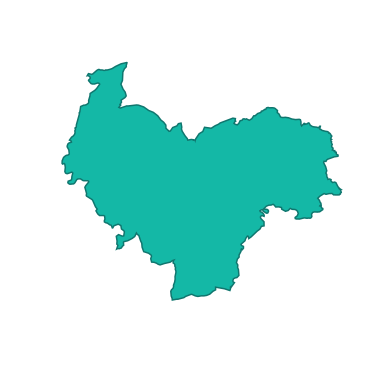 Godeanu, Mehedinti, Romania, rotated 291°
{"feature_id": "2599482B82474731050833", "entity_name": "Godeanu", "entity_type": "district", "adm_level": 2, "iso_a3": "ROU", "parent_name": "Romania", "parent_adm1": "Mehedinti", "projection": "albers", "projection_center": [22.605, 44.8], "detail": "fine", "context": "isolated", "style": "filled", "palette": "teal", "viewbox_px": 384, "rotation_deg": 291, "n_neighbors": 0, "source": "geoboundaries", "source_scale": "gbopen_adm2", "svg_char_len": 6032}
<svg xmlns="http://www.w3.org/2000/svg" viewBox="0 0 384 384"><g transform="rotate(291 192 192)"><path d="M265.4,52.9L263.0,52.5L263.4,53.2L263.4,53.8L262.7,55.8L261.5,56.3L259.5,55.4L258.9,55.5L257.1,58.8L257.1,60.2L257.8,62.1L260.1,65.1L260.1,66.6L259.6,67.2L254.4,65.9L252.0,64.8L247.5,61.6L245.1,62.3L240.3,62.7L238.9,63.4L237.6,63.4L235.7,62.1L234.7,60.9L234.3,59.8L231.9,57.4L226.5,58.6L225.3,58.3L224.7,58.9L213.2,60.0L211.1,60.7L210.0,59.9L209.4,60.1L209.1,60.7L207.2,60.7L205.4,61.6L203.7,61.7L201.8,61.1L200.0,59.9L196.5,59.0L196.3,61.0L195.3,61.6L193.7,59.6L192.3,58.9L190.1,59.0L189.3,59.4L187.2,61.9L184.0,63.6L183.0,63.7L181.8,62.7L181.2,61.5L179.3,60.2L178.1,59.7L174.6,59.6L172.1,60.5L171.7,61.2L172.8,62.4L172.4,63.3L169.6,64.9L165.5,66.0L164.4,67.1L164.2,68.1L164.5,69.2L167.5,72.7L167.0,73.9L163.6,74.3L160.7,75.1L159.6,74.7L157.7,72.5L156.1,72.8L155.6,74.0L155.5,75.2L157.2,78.6L158.5,79.3L162.4,80.0L163.3,80.8L164.3,83.1L163.6,86.4L165.1,90.5L165.1,91.1L164.9,91.7L164.1,91.9L159.7,90.5L158.0,90.3L152.7,94.2L151.1,94.4L150.4,95.0L149.1,101.5L148.6,102.3L143.6,107.2L142.1,109.6L140.0,109.1L137.8,111.8L136.9,114.1L138.4,118.0L138.2,119.0L135.6,120.4L133.9,120.4L132.7,120.9L132.4,122.4L132.6,124.3L131.9,126.9L132.0,128.5L129.9,130.5L130.1,130.9L132.5,131.2L135.4,134.5L135.5,135.1L135.2,137.6L132.2,139.4L131.5,141.9L130.8,143.1L126.6,144.0L125.8,142.7L125.9,138.7L123.5,137.2L119.4,139.6L116.4,140.5L115.7,141.9L111.7,142.1L112.6,142.9L113.0,144.4L114.4,146.1L116.5,146.5L117.8,147.3L120.5,146.0L121.2,146.2L123.5,149.5L127.1,152.7L129.9,154.5L133.8,154.8L132.8,156.1L132.4,157.9L127.9,161.6L126.1,163.5L122.6,165.2L119.0,168.3L119.3,173.5L118.4,176.5L117.6,177.2L114.9,177.4L112.1,179.4L112.8,181.9L112.8,184.5L112.4,186.3L112.5,188.3L115.4,191.9L118.6,196.7L121.0,198.4L121.9,199.5L121.0,199.3L119.0,199.8L118.7,201.2L118.0,202.0L116.6,202.6L115.4,203.8L114.0,204.0L112.4,205.3L111.2,205.8L106.9,206.5L104.6,207.5L101.5,208.1L98.4,208.1L97.0,208.7L95.3,208.8L93.3,207.9L91.7,207.8L87.4,209.9L85.7,211.5L84.1,212.3L86.6,216.4L86.8,217.2L90.5,222.3L92.3,223.5L96.2,227.9L96.4,228.7L96.2,232.2L96.6,234.9L98.4,237.9L99.3,240.3L100.7,242.7L103.0,245.2L106.9,247.2L109.1,249.1L111.6,248.1L113.3,257.0L113.6,262.7L115.7,262.6L117.0,261.9L117.9,262.4L117.6,262.8L122.6,264.1L122.8,262.6L123.7,262.0L125.8,261.8L127.3,263.1L128.2,264.6L130.9,265.7L136.3,263.1L137.7,261.7L140.3,260.9L141.9,258.8L145.7,258.4L148.1,259.3L150.1,258.5L154.1,259.0L156.2,258.4L156.5,258.6L155.9,259.3L156.0,259.6L158.0,260.2L159.7,259.5L159.7,257.9L160.4,256.6L160.8,256.5L165.4,258.9L167.9,258.8L170.7,259.5L170.9,260.0L170.2,261.0L168.9,261.7L171.3,263.3L178.9,266.9L181.7,268.7L184.8,269.1L186.2,271.4L190.0,269.9L192.0,265.6L193.2,264.8L194.7,265.2L195.1,266.0L195.1,268.0L195.8,267.9L197.1,266.8L198.1,264.6L198.1,262.8L198.8,262.1L200.3,263.3L200.9,264.6L199.9,265.0L199.5,266.0L198.9,269.0L199.5,270.2L201.1,270.4L202.0,270.0L202.5,269.3L202.7,268.3L201.9,265.7L202.0,265.0L205.4,266.5L207.2,268.4L208.2,270.6L209.6,272.1L209.2,273.5L208.0,275.5L209.2,278.3L209.6,281.1L208.1,281.9L207.5,286.2L209.2,288.4L211.9,289.6L211.7,291.6L212.6,294.5L212.4,296.2L211.7,297.5L210.0,298.9L207.5,298.8L205.2,297.4L204.2,297.9L204.2,299.0L205.3,302.1L208.1,306.1L208.7,308.8L209.4,310.0L209.9,311.7L210.5,312.3L211.9,312.7L214.3,311.5L216.2,312.0L217.3,313.4L218.2,316.2L219.3,318.3L222.4,320.4L223.5,320.0L223.6,318.7L224.8,317.7L224.8,316.3L225.3,316.4L225.8,317.4L227.8,316.3L228.2,315.4L229.9,313.9L231.2,311.6L234.1,313.0L237.9,315.9L237.8,317.2L238.0,318.1L239.6,320.5L240.8,323.3L240.1,325.2L241.1,328.1L242.1,330.5L243.3,331.2L243.7,330.9L245.1,331.5L247.1,330.0L247.5,329.0L247.8,329.8L248.1,328.6L249.2,326.4L252.3,323.0L252.4,321.7L251.2,319.8L252.3,317.5L253.4,317.4L253.5,315.9L252.5,314.4L254.1,313.2L254.4,312.5L256.6,311.5L257.6,310.2L260.1,310.2L263.4,307.8L266.5,304.4L267.9,304.2L268.6,306.1L270.1,306.2L271.3,307.0L275.8,312.2L277.6,315.4L278.0,315.5L278.9,315.0L278.9,314.0L279.3,313.0L280.6,312.5L280.9,312.1L280.6,311.3L281.7,310.5L281.2,309.9L281.7,309.3L281.5,308.0L283.1,308.1L283.6,307.8L284.1,306.5L285.0,305.8L286.6,305.9L288.0,304.4L289.0,304.3L289.3,303.5L290.5,302.8L291.1,303.5L291.8,302.2L294.3,302.5L294.5,301.9L295.8,300.4L296.3,299.2L296.0,298.7L296.6,298.3L296.9,297.4L296.9,296.2L296.6,295.5L296.2,291.9L296.2,290.8L296.6,289.9L296.4,289.1L297.3,288.5L299.4,288.3L299.4,287.9L297.3,287.0L297.2,285.2L296.4,282.1L296.3,280.4L296.8,278.4L298.3,276.6L298.3,276.1L297.8,275.5L297.0,275.1L295.5,273.0L295.4,272.7L296.3,272.7L296.3,272.1L293.0,270.7L294.1,269.5L296.5,268.6L298.3,267.3L298.3,266.1L296.7,262.7L295.9,259.0L295.9,255.6L295.2,252.4L294.1,250.2L293.7,248.4L293.8,247.7L296.1,245.1L296.7,243.1L298.7,242.6L299.8,239.6L299.9,238.7L299.5,236.9L298.3,234.0L298.2,232.7L297.2,231.4L295.5,231.2L295.3,230.4L292.8,228.7L292.4,227.8L290.9,227.7L288.8,225.2L285.8,223.6L285.2,222.3L281.9,221.6L279.5,219.8L279.8,216.6L279.1,215.9L279.0,214.4L278.4,213.4L276.9,213.0L275.8,211.4L272.7,211.1L270.9,210.2L270.7,208.2L271.1,206.6L272.7,206.7L273.8,207.4L274.2,206.6L276.1,206.2L275.6,203.7L266.5,193.5L264.7,192.4L262.2,189.9L258.4,187.1L256.9,180.5L252.3,180.4L249.0,177.8L242.8,176.4L241.5,176.5L241.8,176.3L240.9,174.8L241.3,174.6L240.8,172.5L238.9,169.5L240.2,168.4L242.0,165.3L245.2,161.1L247.0,159.6L248.9,159.2L252.4,157.1L250.9,154.8L248.3,154.2L245.3,150.9L241.1,149.9L240.4,148.8L241.0,148.1L240.9,147.7L242.2,144.8L245.1,143.6L247.0,140.5L248.1,137.0L250.9,132.7L252.5,127.4L252.6,122.3L254.1,116.5L253.9,110.9L253.4,109.1L249.2,101.1L249.1,100.4L244.7,95.0L244.8,93.4L247.6,94.3L247.8,93.4L250.6,94.0L252.3,92.9L256.0,95.5L257.8,96.1L258.5,95.9L261.3,93.8L263.3,90.8L267.2,87.0L271.2,87.1L279.1,84.5L282.6,84.7L285.4,85.8L286.3,85.3L289.4,85.0L289.5,84.7L286.3,79.9L281.9,75.7L278.5,73.1L277.1,71.4L275.2,68.7L275.2,67.9L274.4,67.3L273.9,66.0L273.7,64.2L273.1,63.0L273.1,61.3L272.8,60.7L271.5,59.6L266.6,57.0L265.9,56.2L265.4,52.9Z" fill="#14b8a6" stroke="#0f766e" stroke-width="1.5"/></g></svg>